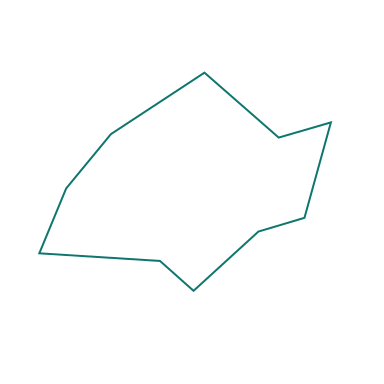 outline of Anse Etoile, rotated 31°
{"feature_id": "SYC-5200", "entity_name": "Anse Etoile", "entity_type": "state/province", "adm_level": 1, "iso_a3": "SYC", "parent_name": "Seychelles", "parent_adm1": "", "projection": "orthographic", "projection_center": [55.454, -4.588], "detail": "fine", "context": "isolated", "style": "outline", "palette": "teal", "viewbox_px": 384, "rotation_deg": 31, "n_neighbors": 0, "source": "natural_earth", "source_scale": "10m", "svg_char_len": 291}
<svg xmlns="http://www.w3.org/2000/svg" viewBox="0 0 384 384"><g transform="rotate(31 192 192)"><path d="M275.2,60.8L301.7,156.2L269.3,191.7L244.2,275.9L200.1,267.6L92.7,323.2L82.3,253.7L92.7,184.1L141.2,83.3L238.3,100.7L275.2,60.8Z" fill="none" stroke="#0f766e" stroke-width="2"/></g></svg>